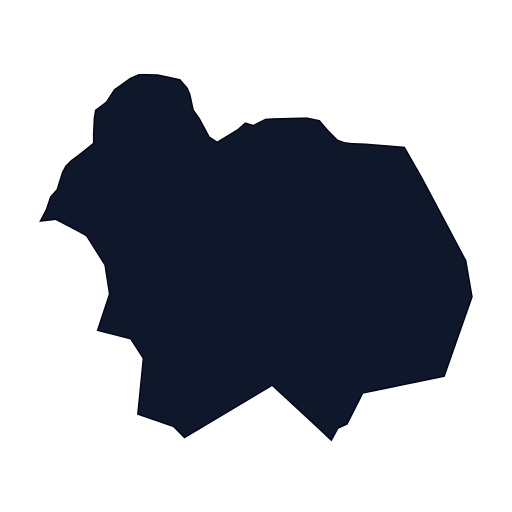 the district of Tenente Ananias, Rio Grande do Norte, Brazil, rotated 176°
{"feature_id": "56859067B6305707048809", "entity_name": "Tenente Ananias", "entity_type": "district", "adm_level": 2, "iso_a3": "BRA", "parent_name": "Brazil", "parent_adm1": "Rio Grande do Norte", "projection": "mercator", "projection_center": [-38.141, -6.442], "detail": "fine", "context": "isolated", "style": "filled", "palette": "ink", "viewbox_px": 512, "rotation_deg": 176, "n_neighbors": 0, "source": "geoboundaries", "source_scale": "gbopen_adm2", "svg_char_len": 892}
<svg xmlns="http://www.w3.org/2000/svg" viewBox="0 0 512 512"><g transform="rotate(176 256 256)"><path d="M340.0,79.9L248.9,126.0L207.6,82.1L193.7,67.0L186.4,78.5L176.9,82.1L159.1,111.9L76.7,123.0L43.4,200.2L47.1,236.6L85.1,322.1L100.5,354.0L139.3,359.9L153.1,361.4L160.1,362.8L166.8,365.8L175.7,376.1L183.4,386.5L195.8,390.0L228.9,391.5L236.8,391.6L249.7,386.3L257.4,389.3L265.3,383.2L286.8,372.1L294.5,378.0L303.1,397.1L308.5,405.8L310.8,421.7L312.9,428.0L319.7,437.1L341.4,443.4L352.7,444.5L360.1,445.0L368.9,441.9L385.6,431.6L394.4,419.9L405.8,412.5L407.6,404.8L409.4,389.6L410.1,379.7L422.9,370.8L433.6,363.9L439.4,358.8L443.1,352.9L449.7,336.0L456.7,329.2L461.8,316.9L468.6,305.9L453.2,306.6L435.3,295.6L423.6,288.1L407.2,257.6L404.7,228.2L419.2,192.9L386.8,182.2L375.5,161.9L377.2,151.6L384.9,106.5L350.1,91.7L340.0,79.9Z" fill="#0f172a" stroke="#020617" stroke-width="1.5"/></g></svg>